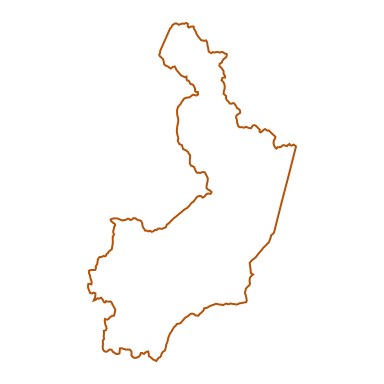 outline of Nova Venécia, Espírito Santo, Brazil
{"feature_id": "56859067B73479400955028", "entity_name": "Nova Venécia", "entity_type": "district", "adm_level": 2, "iso_a3": "BRA", "parent_name": "Brazil", "parent_adm1": "Espírito Santo", "projection": "equal_earth", "projection_center": [-40.551, -18.657], "detail": "fine", "context": "isolated", "style": "outline", "palette": "amber", "viewbox_px": 384, "rotation_deg": 0, "n_neighbors": 0, "source": "geoboundaries", "source_scale": "gbopen_adm2", "svg_char_len": 5983}
<svg xmlns="http://www.w3.org/2000/svg" viewBox="0 0 384 384"><path d="M138.9,356.7L140.2,355.0L140.8,353.1L142.2,353.0L144.0,354.0L145.3,352.5L146.5,351.8L148.3,351.5L149.0,356.2L150.6,357.2L153.2,359.6L154.9,360.2L156.3,361.0L157.4,359.4L158.6,357.8L160.0,357.3L160.9,356.1L161.6,353.8L163.2,351.5L164.9,350.6L165.5,348.9L166.3,344.3L167.3,342.3L168.4,337.5L170.0,333.5L171.4,331.7L172.5,329.6L173.9,327.3L175.7,325.8L176.8,324.0L178.1,323.8L179.4,323.5L180.8,322.9L182.1,321.3L183.7,319.5L184.6,318.3L185.7,317.4L188.3,315.9L190.2,314.2L191.9,313.6L193.9,314.0L195.1,315.2L198.4,315.8L199.5,314.0L200.9,313.1L202.3,311.7L203.6,310.3L204.3,308.2L206.0,308.1L207.6,307.5L208.9,306.6L210.2,305.9L214.8,304.3L216.0,303.7L219.4,304.6L221.4,304.6L222.9,305.2L224.6,304.3L226.5,303.5L227.8,304.2L229.3,304.1L230.8,303.4L232.2,303.9L234.2,304.1L236.3,304.5L238.1,304.1L239.3,303.3L241.0,303.2L242.8,302.8L244.6,302.4L246.2,302.2L246.7,300.6L246.5,298.7L245.6,294.7L244.9,293.1L245.3,291.5L245.8,288.9L246.8,287.6L248.0,286.4L249.5,285.2L250.0,283.3L249.6,281.7L249.7,278.6L250.6,276.6L253.1,274.5L250.9,273.1L250.5,268.7L249.9,264.9L249.7,262.8L251.1,261.1L253.1,259.3L254.5,258.4L255.8,257.2L257.1,255.4L258.4,253.7L261.8,249.8L263.2,247.9L266.4,244.9L267.3,243.7L268.8,242.5L269.5,240.7L270.7,237.4L271.2,235.2L272.9,234.0L274.1,232.3L281.5,202.8L288.8,174.9L296.0,146.5L293.8,144.6L291.8,145.5L290.1,145.3L289.4,144.0L288.1,144.8L287.1,146.1L285.7,145.8L284.3,145.2L282.7,145.3L280.9,146.9L279.0,147.2L277.5,147.3L276.4,148.6L275.3,147.7L274.5,146.4L273.9,144.9L273.5,143.0L273.9,140.2L275.1,138.4L275.4,136.6L273.5,135.0L270.0,131.7L268.9,130.4L267.4,130.7L265.0,129.0L263.6,129.9L261.8,131.6L260.7,132.4L259.5,131.7L259.7,129.5L258.4,128.4L256.0,125.9L254.4,125.1L252.9,125.5L250.9,128.3L249.2,128.1L246.0,126.8L244.5,127.6L242.9,127.5L241.5,127.1L239.8,127.3L238.3,126.2L237.9,124.6L237.2,123.2L237.1,121.2L236.7,119.3L236.0,117.3L236.6,115.3L240.2,112.8L240.1,110.7L238.8,109.1L237.0,108.0L236.1,106.1L234.8,104.1L233.4,103.0L231.5,103.7L229.7,103.5L228.4,101.5L226.8,100.2L225.9,98.1L226.3,96.2L225.1,95.1L223.6,93.9L223.8,91.4L224.6,88.9L224.7,86.9L224.6,85.1L224.0,83.2L223.2,81.9L221.5,80.2L222.4,77.9L223.8,77.5L225.1,77.5L224.9,75.7L223.6,73.8L223.6,71.3L222.7,69.7L221.3,67.7L219.3,65.9L219.7,63.7L221.8,62.6L222.6,60.5L224.1,58.6L226.1,57.3L226.8,55.6L226.6,53.9L224.5,53.5L223.1,52.2L221.4,51.9L219.7,52.7L217.7,51.9L215.9,52.1L214.6,52.5L212.5,52.2L211.5,53.1L210.0,52.5L208.8,51.7L208.4,50.0L208.2,48.0L207.6,46.1L207.4,44.4L207.1,42.4L206.1,40.4L204.9,40.8L201.3,40.3L200.3,39.1L199.1,37.7L197.8,36.0L196.6,34.0L195.8,31.8L194.7,29.8L194.0,28.6L193.6,26.5L191.8,26.5L190.2,26.8L189.0,27.6L187.8,26.6L187.8,23.8L186.1,23.0L184.2,23.8L182.8,23.5L180.7,24.1L178.7,24.8L177.5,23.9L176.0,23.3L174.2,23.9L172.3,25.3L171.3,27.4L170.1,28.5L160.2,50.9L160.1,52.8L159.2,54.7L159.8,56.2L161.6,57.7L163.0,59.3L163.6,61.0L164.3,64.4L165.6,65.6L168.2,66.6L169.4,67.7L170.8,68.5L172.9,66.9L174.7,66.5L175.8,68.4L176.4,69.9L178.6,72.4L179.7,73.8L181.2,75.5L184.9,77.2L186.4,76.6L186.5,78.8L187.2,80.5L188.6,80.7L189.5,81.9L190.0,83.5L191.2,84.2L193.0,84.7L194.2,86.8L195.1,88.9L195.0,91.0L196.3,92.2L197.8,92.0L198.2,94.4L196.6,95.5L194.9,95.2L193.2,94.6L191.4,95.8L189.6,97.3L186.3,97.7L184.6,98.4L183.5,99.3L182.7,100.8L181.6,102.0L180.9,103.6L179.8,104.9L178.2,106.6L177.3,109.1L177.0,111.5L177.3,115.2L178.2,118.9L178.3,121.2L177.2,126.9L176.8,131.0L177.1,133.5L177.5,135.3L178.4,138.2L177.7,140.7L179.3,144.0L182.0,145.2L182.6,147.6L183.3,149.3L185.1,149.8L187.9,151.8L188.9,153.8L190.1,155.1L190.1,157.6L189.8,159.8L189.8,162.0L189.9,163.7L191.0,165.7L192.7,166.2L194.1,167.1L195.8,171.2L197.1,172.8L198.7,172.7L200.2,173.0L201.4,172.4L202.9,172.0L204.9,172.4L206.0,174.6L207.0,176.5L207.8,178.3L207.6,180.9L206.6,185.7L206.5,188.0L207.9,189.5L209.7,190.3L211.6,192.1L210.5,193.9L208.1,193.5L206.2,194.3L205.0,196.0L203.9,197.0L202.5,197.6L201.2,196.1L199.4,196.0L198.1,196.3L196.6,197.3L195.6,198.9L193.4,201.7L191.9,202.6L190.6,204.0L188.9,206.3L187.1,208.0L185.1,209.1L183.6,210.1L182.6,211.0L181.5,212.1L177.5,215.3L175.5,217.0L173.9,218.2L170.7,221.3L169.7,222.5L168.5,223.5L166.8,224.7L165.8,227.3L161.9,228.9L159.8,228.5L158.1,228.7L156.6,230.0L155.0,229.9L153.2,231.4L151.6,231.8L150.2,230.8L148.3,231.4L146.9,230.6L145.1,230.6L144.3,229.1L143.3,227.7L142.5,225.8L142.2,223.2L141.3,221.3L140.2,220.4L138.9,220.4L137.2,219.7L135.6,218.4L133.4,218.1L131.9,219.6L130.4,220.0L129.2,218.9L127.7,218.7L126.0,219.8L124.2,220.0L122.7,220.5L118.9,219.1L117.6,218.5L114.2,218.3L112.2,218.8L110.6,219.5L111.1,221.2L112.2,222.0L113.4,223.1L114.6,223.5L115.2,225.4L114.2,226.7L113.9,228.7L113.2,231.2L113.3,232.8L114.0,234.7L112.7,236.9L112.8,242.2L112.6,244.6L111.8,249.2L108.7,251.7L107.8,253.3L106.5,254.0L106.2,255.6L104.8,256.4L103.5,255.9L102.0,256.8L100.8,257.0L99.5,257.1L98.4,258.4L97.8,260.1L97.2,264.1L95.8,266.2L95.9,268.0L95.3,269.9L93.6,270.0L91.6,269.9L90.4,270.1L88.9,270.8L89.0,273.2L89.8,274.9L90.2,276.5L90.4,278.1L91.2,280.3L91.7,282.0L91.3,284.4L89.4,283.7L88.2,284.1L88.0,286.8L88.4,288.7L90.2,293.0L91.9,293.5L93.4,292.6L95.4,293.3L95.3,295.8L94.9,297.8L93.7,300.5L95.6,299.9L97.3,298.3L98.8,298.7L101.1,297.7L102.8,299.8L103.8,301.9L105.0,302.5L106.1,301.1L107.5,301.6L109.0,301.7L110.5,301.4L111.8,302.8L112.5,304.6L113.3,306.0L114.3,307.7L115.3,309.7L114.7,313.0L114.0,315.6L111.7,316.1L110.2,317.1L108.6,318.9L107.0,319.7L105.0,319.0L104.7,320.9L105.5,325.1L106.3,326.7L106.6,328.5L105.8,330.3L103.8,330.9L104.0,332.7L103.9,334.5L103.7,336.6L104.1,338.9L102.9,340.4L102.8,342.4L103.2,344.2L102.7,345.8L102.9,349.2L104.0,350.9L105.2,351.6L106.8,351.7L108.4,350.6L109.4,349.5L111.6,349.8L113.0,352.0L114.3,352.6L115.9,353.9L118.0,354.0L119.5,353.3L119.7,350.8L120.0,348.3L121.7,348.3L125.9,349.6L128.0,349.5L130.0,349.7L131.4,351.5L131.6,353.5L131.4,355.4L132.7,356.9L134.2,357.8L136.0,357.9L138.9,356.7Z" fill="none" stroke="#b45309" stroke-width="2"/></svg>